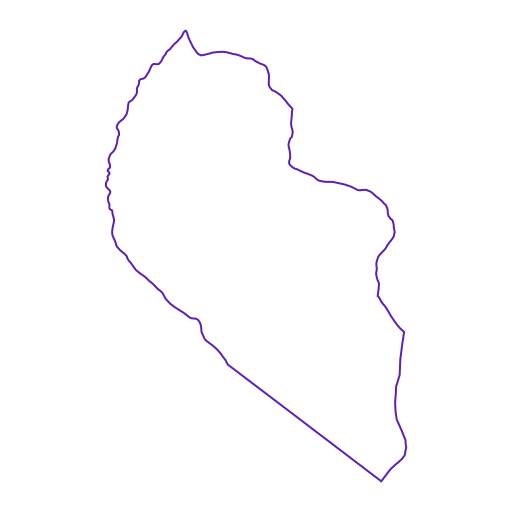 the district of Bhur, Geylegphug, Bhutan
{"feature_id": "84629894B14718080214922", "entity_name": "Bhur", "entity_type": "district", "adm_level": 2, "iso_a3": "BTN", "parent_name": "Bhutan", "parent_adm1": "Geylegphug", "projection": "mercator", "projection_center": [90.436, 26.926], "detail": "fine", "context": "isolated", "style": "outline", "palette": "violet", "viewbox_px": 512, "rotation_deg": 0, "n_neighbors": 0, "source": "geoboundaries", "source_scale": "gbopen_adm2", "svg_char_len": 5033}
<svg xmlns="http://www.w3.org/2000/svg" viewBox="0 0 512 512"><path d="M292.3,108.7L290.1,106.2L287.9,103.8L286.9,102.5L285.1,100.2L283.0,97.9L281.6,96.1L280.2,94.9L276.0,92.0L274.1,90.9L272.4,90.4L270.4,88.1L269.6,86.8L268.8,84.9L268.8,83.4L268.8,81.0L269.0,77.6L268.9,75.0L268.8,73.7L268.1,72.3L267.8,70.5L266.1,66.7L264.4,65.2L261.9,64.2L259.7,63.4L258.4,62.7L256.9,61.9L255.4,61.1L254.1,60.1L252.7,59.1L251.1,58.6L249.5,58.4L247.8,58.4L246.1,58.2L244.5,57.7L243.0,57.1L241.5,56.4L240.0,55.7L238.4,55.1L236.8,54.7L235.2,54.3L233.5,54.1L231.9,53.7L230.3,53.2L228.7,52.8L227.0,52.4L225.4,52.1L223.7,51.9L222.1,51.8L220.4,51.9L218.7,52.0L217.1,52.1L215.4,52.3L213.7,52.5L212.1,52.7L210.5,53.3L208.9,53.7L207.3,54.1L205.7,54.5L204.0,54.9L202.4,55.2L200.7,55.3L197.8,53.7L195.9,51.1L193.2,47.4L191.5,44.0L190.4,41.8L188.6,37.8L187.4,34.0L186.6,31.8L185.7,30.7L184.5,31.5L183.6,32.4L182.5,34.9L181.3,36.9L176.9,41.8L173.8,44.5L169.7,49.5L168.6,50.0L166.4,52.2L165.9,53.8L163.4,56.8L161.1,61.5L158.9,63.9L157.5,64.2L153.7,64.0L152.4,64.6L151.3,66.2L149.1,71.2L147.3,74.2L146.1,76.1L145.2,77.4L143.3,78.6L140.5,79.2L139.1,80.8L139.0,82.7L138.7,84.9L137.7,86.5L136.9,88.4L137.0,91.8L136.7,93.4L135.8,95.3L133.8,97.9L132.2,100.1L130.3,101.1L128.7,102.5L128.1,105.3L127.7,109.7L126.7,113.8L125.9,115.2L123.5,118.7L121.1,120.6L118.9,122.4L117.0,125.6L116.7,126.8L117.0,128.3L118.3,130.3L118.9,132.0L119.1,134.7L118.0,136.9L117.4,139.7L117.1,142.9L115.0,149.1L113.5,151.3L112.5,152.3L110.7,154.0L110.0,155.3L109.0,157.8L108.6,159.3L108.8,161.9L109.9,164.4L110.2,166.6L109.8,167.8L108.2,169.2L107.7,171.0L109.0,172.1L109.6,173.6L107.5,176.5L108.0,179.3L106.2,182.4L105.8,185.6L106.8,187.6L109.7,190.3L110.3,191.8L110.1,193.1L108.7,195.3L108.0,197.2L107.9,199.1L108.3,201.7L109.5,204.4L109.3,206.9L109.5,208.6L110.5,209.6L112.1,210.4L112.6,214.1L114.0,219.2L113.9,222.0L112.6,227.7L112.1,231.7L112.4,234.9L112.8,236.1L115.4,241.9L116.3,245.3L117.0,246.7L120.6,250.7L125.1,254.3L126.9,256.5L127.1,257.8L128.9,260.8L131.0,263.1L135.7,269.8L139.7,273.1L143.7,275.9L145.6,277.4L149.8,281.4L152.7,283.7L157.8,289.0L160.9,291.3L162.9,293.6L164.9,297.5L166.2,299.4L170.2,303.7L175.1,307.4L184.1,313.1L189.7,317.5L191.8,318.3L195.8,318.7L197.3,319.4L198.4,320.3L199.5,321.9L200.5,324.1L201.2,327.4L201.5,331.9L204.6,338.9L206.1,340.6L213.5,346.2L216.8,349.2L219.3,351.9L221.5,354.6L223.1,357.1L225.3,359.8L227.8,364.6L280.1,404.3L381.3,481.3L388.0,472.4L389.0,471.1L390.1,469.8L391.2,468.6L392.4,467.4L393.7,466.3L394.9,465.1L396.5,463.8L397.8,462.7L399.0,461.7L400.3,460.5L401.5,459.4L402.6,458.1L403.6,456.7L404.7,455.4L406.2,447.2L405.5,442.3L405.6,440.4L401.7,430.7L396.7,419.4L395.6,412.1L395.1,402.5L395.7,395.1L396.2,385.7L396.8,384.4L399.7,374.8L400.3,359.5L402.0,345.9L404.1,331.9L402.0,330.1L400.8,328.9L399.6,327.8L398.5,326.5L397.4,325.2L396.4,323.9L395.4,322.5L394.4,321.2L393.5,319.8L392.5,318.4L391.6,317.0L390.7,315.6L389.9,314.1L389.0,312.7L388.2,311.2L387.3,309.8L386.4,308.4L385.5,307.0L384.5,305.6L383.3,304.4L382.3,303.1L381.3,301.7L380.5,300.3L379.8,298.8L379.0,297.3L377.7,296.2L377.9,294.6L378.1,292.9L378.3,291.3L378.5,289.6L378.7,287.9L378.8,286.2L379.0,284.6L378.8,282.9L378.2,281.3L377.5,279.8L377.0,278.2L376.6,276.6L376.3,274.9L376.1,273.3L376.4,271.6L376.7,269.9L376.8,268.3L376.5,266.6L376.4,265.0L376.4,263.3L376.7,261.6L377.2,260.0L377.7,258.4L378.2,257.0L379.1,255.5L380.2,254.2L381.3,253.0L382.5,251.8L383.7,250.6L384.8,249.4L385.8,248.0L386.7,246.6L387.4,245.1L388.4,243.8L389.4,242.4L390.5,241.1L391.5,239.8L392.5,238.4L393.4,237.1L394.0,235.5L394.2,233.8L394.7,232.2L394.5,230.8L394.1,229.4L393.9,227.8L393.7,226.2L393.7,224.7L393.3,223.3L392.9,221.2L391.7,219.5L390.4,218.7L389.7,217.4L388.7,216.4L388.1,214.8L387.8,213.2L387.7,211.5L387.6,209.8L387.3,208.2L386.5,206.7L385.8,204.9L384.8,204.1L383.8,203.3L383.0,202.2L382.1,201.2L381.2,200.4L379.4,198.9L378.4,198.0L377.1,197.2L375.9,196.3L375.0,195.3L373.6,194.2L372.5,193.0L369.8,191.2L368.0,190.7L366.8,190.0L365.6,189.9L364.4,189.8L362.7,190.0L361.4,190.0L360.0,190.4L358.4,190.1L356.8,189.7L355.4,188.8L354.3,188.3L352.8,187.5L351.3,186.8L349.7,186.2L348.2,185.7L346.6,185.1L345.0,184.6L343.4,184.2L341.8,183.8L340.1,183.5L338.5,183.1L336.9,182.8L335.2,182.4L333.6,182.1L331.9,181.9L330.3,181.8L328.6,181.9L326.9,181.9L325.3,181.7L323.6,181.6L322.0,181.3L320.3,181.0L318.7,180.5L317.3,179.7L316.0,178.6L314.8,177.4L313.5,176.4L312.0,175.6L310.5,174.9L308.9,174.3L307.4,173.7L305.8,173.2L304.2,172.6L302.7,172.0L301.2,171.3L299.6,170.5L298.1,169.8L296.6,169.1L295.0,168.7L293.5,167.9L292.2,166.9L290.9,165.8L289.7,164.7L289.1,163.1L289.1,161.5L289.6,159.9L290.1,158.3L290.2,156.6L290.1,154.9L290.0,153.3L289.8,151.6L289.5,149.9L289.1,148.3L288.7,146.7L288.5,145.0L288.7,143.4L289.1,141.7L289.7,140.2L290.2,138.6L291.8,136.9L292.4,134.3L292.7,132.1L292.2,129.1L291.3,126.4L291.2,124.7L291.1,123.1L291.2,121.4L291.4,119.7L291.6,118.0L291.7,116.4L291.9,114.9L291.9,113.3L292.0,111.6L292.3,110.0L292.3,108.7Z" fill="none" stroke="#5b21b6" stroke-width="2"/></svg>